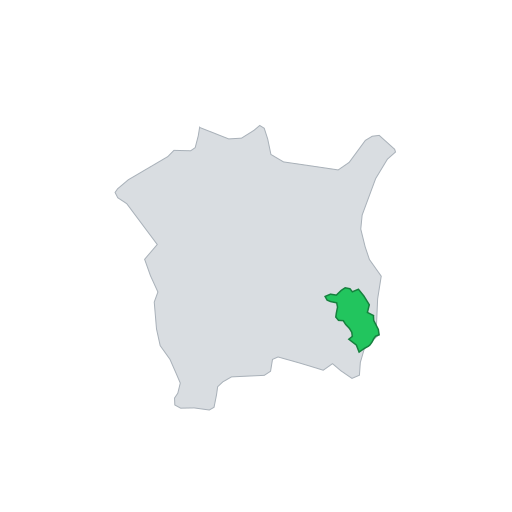 location of Dečani within Kosovo, rotated 214°
{"feature_id": "KOS-5889", "entity_name": "Dečani", "entity_type": "District", "adm_level": 1, "iso_a3": "XKX", "parent_name": "Kosovo", "parent_adm1": "", "projection": "mercator", "projection_center": [20.231, 42.545], "detail": "fine", "context": "in_parent", "style": "filled", "palette": "green", "viewbox_px": 512, "rotation_deg": 214, "n_neighbors": 0, "source": "natural_earth", "source_scale": "10m", "svg_char_len": 1560}
<svg xmlns="http://www.w3.org/2000/svg" viewBox="0 0 512 512"><g transform="rotate(214 256 256)"><path d="M159.3,191.9L181.3,184.6L184.5,179.5L179.5,168.6L182.4,161.7L208.7,142.1L213.1,133.2L214.7,126.2L211.1,118.8L206.2,107.1L208.6,102.2L222.3,95.5L233.4,87.7L240.0,87.1L244.1,92.7L244.1,98.5L247.7,108.3L255.9,113.6L269.5,122.2L285.3,128.1L297.7,139.9L314.6,160.9L317.2,171.3L332.4,180.6L346.5,191.0L344.3,210.3L392.4,227.1L403.2,227.0L408.4,229.9L408.3,234.4L404.5,247.8L384.7,289.1L383.1,297.7L369.0,306.7L367.0,311.8L371.0,323.2L374.7,331.2L374.4,331.1L344.1,337.8L333.9,345.6L327.9,359.2L325.9,366.3L320.6,366.5L311.7,359.5L300.4,348.5L285.8,349.4L236.0,373.3L231.1,385.8L230.0,413.0L226.6,420.3L221.3,424.9L200.7,422.0L198.5,420.2L201.2,409.8L200.1,387.1L190.9,349.3L184.2,336.9L170.6,324.6L160.0,316.5L140.9,309.3L131.2,288.5L116.7,264.8L109.7,259.4L110.8,257.0L114.2,239.2L110.0,226.1L103.6,215.0L108.0,208.2L121.4,208.3L132.4,209.5L136.4,198.9L159.3,191.9Z" fill="#d9dde1" stroke="#a8b0b8" stroke-width="1"/><path d="M125.3,272.2L122.4,268.4L113.5,263.5L109.9,259.5L112.0,256.4L112.2,253.2L111.7,249.9L111.8,246.0L112.4,244.0L114.4,240.2L116.8,234.0L123.0,238.3L132.5,238.9L131.2,243.2L133.9,246.3L138.0,248.2L143.4,249.4L147.5,251.2L151.6,248.8L155.7,250.0L157.5,253.7L159.8,259.2L162.9,262.3L168.8,259.9L172.4,259.2L176.1,261.1L172.9,266.0L167.5,268.5L166.1,275.2L164.3,279.5L159.8,281.4L156.1,280.2L152.5,285.7L144.3,283.2L134.8,278.9L132.1,271.5L125.4,272.3L125.4,272.2L125.3,272.2Z" fill="#22c55e" stroke="#15803d" stroke-width="1.5"/></g></svg>